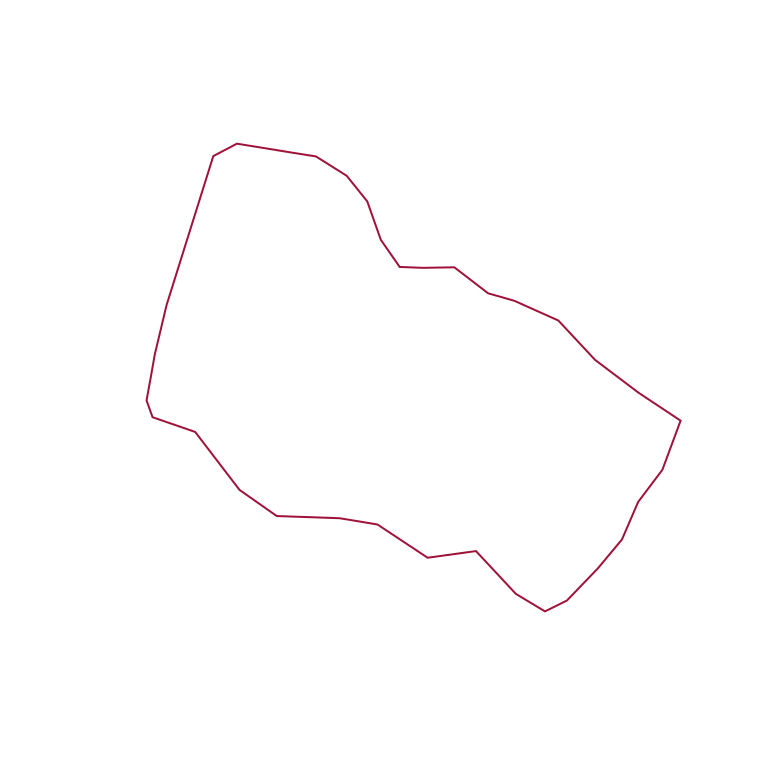 Sokcho-si, Gangwon, South Korea (Albers equal-area conic projection), rotated 47°
{"feature_id": "91817680B43621567480447", "entity_name": "Sokcho-si", "entity_type": "district", "adm_level": 2, "iso_a3": "KOR", "parent_name": "South Korea", "parent_adm1": "Gangwon", "projection": "albers", "projection_center": [128.524, 38.163], "detail": "fine", "context": "isolated", "style": "outline", "palette": "rose", "viewbox_px": 768, "rotation_deg": 47, "n_neighbors": 0, "source": "geoboundaries", "source_scale": "gbopen_adm2", "svg_char_len": 621}
<svg xmlns="http://www.w3.org/2000/svg" viewBox="0 0 768 768"><g transform="rotate(47 384 384)"><path d="M613.1,192.1L564.0,203.8L510.3,213.2L456.5,213.2L412.1,231.9L388.7,246.0L346.6,253.0L325.5,276.4L309.1,292.7L276.4,288.0L239.0,271.7L206.2,269.3L171.1,278.6L153.2,292.6L107.9,327.7L100.9,353.4L178.0,489.2L206.0,531.4L220.1,550.1L234.1,568.9L247.4,574.6L250.5,575.9L290.3,554.8L362.9,561.9L407.4,552.5L451.9,508.0L482.3,484.6L540.8,470.6L568.9,430.7L627.4,430.7L655.8,422.6L660.1,421.3L667.1,397.9L664.7,353.5L660.0,316.0L643.6,278.6L636.6,238.9L613.1,192.1Z" fill="none" stroke="#9f1239" stroke-width="2"/></g></svg>